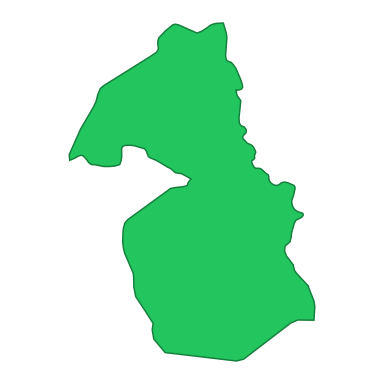 map outline of Marahoué (Robinson projection)
{"feature_id": "CIV-3444", "entity_name": "Marahoué", "entity_type": "Department", "adm_level": 1, "iso_a3": "CIV", "parent_name": "Ivory Coast", "parent_adm1": "", "projection": "robinson", "projection_center": [-5.831, 7.116], "detail": "fine", "context": "isolated", "style": "filled", "palette": "green", "viewbox_px": 384, "rotation_deg": 0, "n_neighbors": 0, "source": "natural_earth", "source_scale": "10m", "svg_char_len": 2557}
<svg xmlns="http://www.w3.org/2000/svg" viewBox="0 0 384 384"><path d="M314.0,320.2L313.6,320.2L297.8,320.0L290.6,323.1L243.6,359.2L236.6,361.0L165.2,352.6L153.8,339.1L152.2,329.9L153.1,323.3L144.9,310.5L135.7,296.6L133.8,286.7L133.7,277.6L133.2,273.1L124.6,253.1L123.2,247.0L122.7,241.7L123.0,232.4L123.5,227.8L124.8,223.2L127.8,219.6L170.5,188.5L175.7,187.5L182.5,186.8L185.6,186.1L187.4,185.3L187.9,183.2L188.5,182.1L191.0,178.8L181.6,173.7L175.7,172.8L175.0,172.4L170.5,168.5L167.7,167.2L156.8,160.6L150.6,158.0L149.1,157.2L148.3,156.3L147.7,155.1L146.6,151.5L144.7,148.8L134.1,145.7L129.5,145.2L126.3,145.3L124.8,145.5L122.6,146.6L121.9,147.6L121.6,149.1L121.7,156.7L121.1,160.8L119.7,164.6L114.8,166.0L110.0,166.5L103.5,166.5L95.6,164.8L92.0,164.6L89.9,163.6L88.4,162.2L86.9,160.0L85.1,157.8L82.9,155.7L80.7,155.3L77.7,156.4L75.1,158.0L69.7,160.3L69.2,154.7L80.5,129.2L93.1,107.7L96.1,101.4L97.8,94.6L100.3,88.6L103.6,85.7L149.8,56.8L156.7,52.1L157.5,50.8L158.3,49.0L158.3,47.9L157.7,43.0L157.9,40.9L158.7,38.0L165.3,31.0L173.0,24.7L175.6,24.2L178.8,25.0L197.1,33.1L201.5,31.3L205.9,28.6L210.4,25.2L213.8,23.9L216.3,23.4L223.3,23.0L226.2,32.9L226.9,37.5L225.6,55.3L225.9,58.0L226.4,59.8L227.2,60.7L228.3,61.4L229.5,61.9L231.0,62.2L233.2,64.5L235.9,68.4L240.4,78.8L242.0,83.5L242.7,86.8L242.2,88.1L241.5,88.9L240.5,89.6L238.1,90.1L236.0,90.1L237.0,95.1L237.5,96.1L240.8,100.7L239.0,117.9L239.4,123.3L240.8,125.4L241.7,126.0L244.0,126.8L245.9,129.1L246.3,130.8L246.1,132.4L245.4,133.5L243.5,135.4L242.7,136.7L242.9,137.9L243.4,139.0L245.1,140.8L245.9,141.8L246.7,142.7L247.7,143.4L251.2,144.9L252.6,146.0L253.8,147.7L255.4,150.8L255.7,152.5L255.0,154.1L254.3,156.5L254.8,157.9L254.2,159.0L253.3,159.8L251.9,160.7L251.7,161.8L252.0,163.1L253.5,166.3L254.4,167.4L255.6,168.1L256.8,168.3L258.1,168.3L259.7,168.4L261.5,169.2L265.5,172.9L268.4,175.0L268.7,176.6L268.8,178.3L269.5,181.1L270.7,182.7L272.8,184.3L274.2,185.0L275.7,185.3L277.0,185.4L278.2,185.0L279.3,184.4L280.3,183.7L281.0,183.0L282.3,182.5L284.5,182.1L286.0,182.3L287.7,182.7L294.1,185.5L294.9,186.9L295.1,188.5L293.3,196.2L292.0,199.7L291.7,201.4L291.9,203.4L292.6,206.3L293.8,208.3L294.8,209.6L295.9,210.5L296.9,211.2L298.0,211.7L302.7,213.3L303.2,214.4L303.1,215.5L302.4,216.5L301.4,217.4L298.5,219.0L296.1,220.0L294.4,223.1L293.7,225.2L291.6,232.9L291.2,237.2L290.0,241.8L285.0,246.2L284.6,251.2L286.6,256.2L293.1,264.6L294.5,270.5L296.8,273.6L308.4,286.1L308.9,288.4L311.5,294.7L313.9,300.8L314.8,306.4L314.0,319.9L314.0,320.2Z" fill="#22c55e" stroke="#15803d" stroke-width="1.5"/></svg>